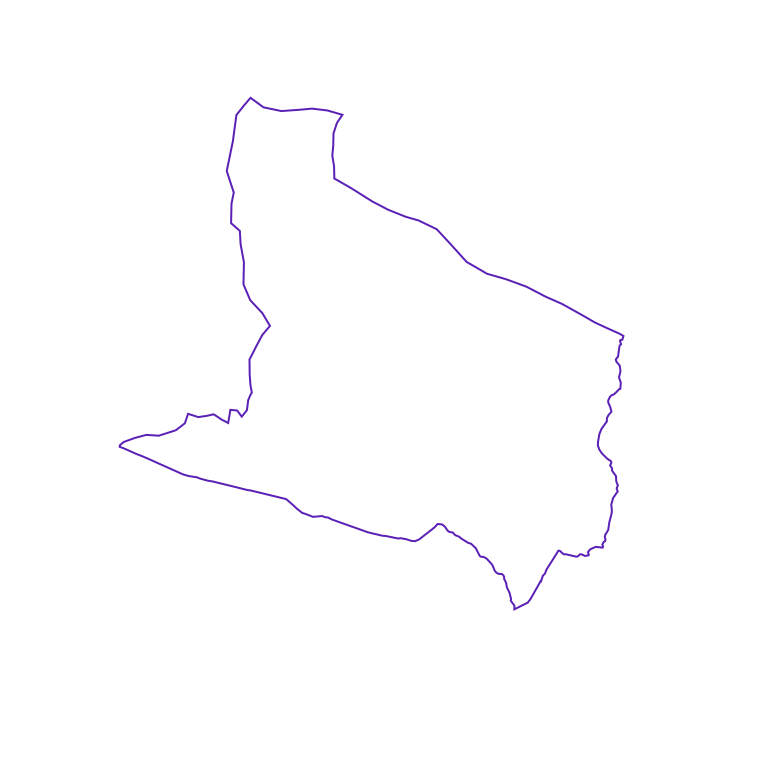 the district of Monts de Lam, Logone Oriental, Chad, rotated 304°
{"feature_id": "50815135B14191552615898", "entity_name": "Monts de Lam", "entity_type": "district", "adm_level": 2, "iso_a3": "TCD", "parent_name": "Chad", "parent_adm1": "Logone Oriental", "projection": "equal_earth", "projection_center": [15.78, 8.051], "detail": "fine", "context": "isolated", "style": "outline", "palette": "violet", "viewbox_px": 768, "rotation_deg": 304, "n_neighbors": 0, "source": "geoboundaries", "source_scale": "gbopen_adm2", "svg_char_len": 4450}
<svg xmlns="http://www.w3.org/2000/svg" viewBox="0 0 768 768"><g transform="rotate(304 384 384)"><path d="M316.8,267.3L313.5,269.9L308.4,273.9L304.7,277.5L304.1,278.1L303.0,279.2L302.6,279.2L301.5,279.3L299.0,279.6L298.9,279.6L297.2,280.0L294.8,280.4L294.6,280.5L285.6,285.0L277.4,284.3L279.9,277.1L276.7,271.1L275.2,271.8L269.7,274.3L264.5,276.6L264.2,273.4L263.9,271.0L263.7,269.4L263.7,264.0L263.6,259.7L258.3,254.7L252.7,248.5L250.9,242.3L249.7,238.2L246.2,239.2L240.1,240.9L229.3,237.3L215.2,226.2L208.9,215.4L200.2,207.8L199.5,207.2L197.9,206.1L195.8,204.6L190.5,200.7L185.6,199.3L184.1,200.0L185.1,204.1L185.8,207.8L187.5,217.6L187.5,217.8L188.7,222.8L190.4,231.7L191.4,237.6L194.4,254.9L196.7,268.1L198.4,273.3L201.8,280.6L202.0,281.0L202.9,285.0L203.9,287.8L205.3,292.0L207.5,296.7L209.4,302.0L210.1,303.8L216.0,319.8L219.7,330.0L220.4,331.5L221.0,332.6L225.8,345.4L226.1,346.2L227.9,351.1L229.9,356.5L232.3,363.0L233.8,367.0L233.7,369.0L232.7,376.7L231.9,381.8L231.7,384.5L231.4,388.2L232.1,390.6L232.8,393.3L233.9,398.2L234.1,399.3L237.3,403.3L239.9,406.5L240.9,410.4L241.0,410.6L242.0,412.1L242.5,416.4L247.1,434.4L252.1,453.6L253.6,457.8L255.7,463.2L257.3,467.5L259.0,470.5L263.9,482.3L265.2,483.6L265.3,483.7L265.6,484.3L267.8,489.3L268.4,491.5L269.3,494.5L271.2,497.8L273.2,499.0L274.9,500.1L282.4,502.5L285.0,503.4L293.6,506.1L295.5,506.4L297.9,506.7L300.0,510.6L300.0,512.8L299.5,515.0L298.2,518.2L298.0,518.6L298.0,519.4L297.9,521.0L299.3,523.9L298.5,527.6L299.4,531.5L299.1,534.6L299.1,534.8L299.4,543.0L299.5,543.3L300.3,545.3L299.4,550.6L299.2,551.9L297.7,554.6L297.0,556.0L296.3,557.1L295.1,559.4L295.0,560.8L295.7,562.2L296.4,563.4L296.5,565.3L296.6,566.9L295.5,571.5L294.7,574.7L291.0,580.5L290.9,580.7L290.4,583.3L290.4,583.5L290.5,583.9L290.9,585.8L291.6,586.7L292.4,587.8L292.2,589.4L292.2,589.9L291.2,591.6L290.5,592.0L289.6,592.6L288.8,594.0L287.3,596.7L287.0,596.9L284.2,599.5L282.7,602.0L282.4,602.6L281.1,604.9L280.7,605.3L276.8,609.6L276.1,609.9L275.2,610.3L273.2,616.0L270.1,618.1L272.6,619.5L278.7,622.9L280.4,623.9L283.1,625.4L284.5,625.5L287.7,625.7L308.2,624.1L308.2,624.5L308.8,624.3L314.0,622.9L316.8,623.5L318.1,623.2L319.9,622.7L320.5,622.6L320.8,622.5L334.3,622.1L343.4,621.8L343.5,622.0L344.0,623.2L343.7,625.1L343.3,628.2L344.6,630.1L346.4,634.8L348.4,640.0L349.1,640.7L349.5,641.1L350.0,641.2L352.5,641.8L353.4,643.4L353.7,646.0L353.7,646.5L356.2,649.3L356.7,649.3L357.1,649.2L357.8,648.2L358.6,647.1L361.1,647.3L362.5,647.5L363.2,648.0L364.7,648.9L367.4,650.6L369.6,654.9L369.7,655.2L370.5,656.7L370.6,656.8L371.0,656.7L371.7,656.5L372.9,654.9L374.5,654.6L375.8,654.5L376.2,654.6L377.3,655.2L377.6,655.1L378.7,654.8L380.7,652.5L381.0,652.4L382.6,651.8L386.8,651.6L388.6,651.4L395.2,648.2L403.7,645.2L406.8,643.5L408.4,642.1L408.6,642.0L410.9,639.9L413.7,639.0L417.6,637.7L423.1,637.8L424.3,637.8L425.5,637.9L427.6,635.2L430.6,634.7L431.9,632.8L433.2,631.0L435.4,629.3L437.3,627.9L438.8,623.9L439.7,621.5L441.6,620.2L442.9,617.0L445.4,616.6L445.8,616.6L446.0,616.4L446.9,615.3L446.9,610.9L448.3,603.5L449.5,600.5L450.3,598.7L450.9,598.0L452.7,595.6L455.9,593.7L463.1,590.5L467.0,589.7L468.7,589.4L473.3,589.6L474.2,589.6L477.6,589.7L479.7,588.3L480.3,587.9L483.5,587.5L488.3,588.0L489.7,586.4L491.3,584.6L494.0,580.3L495.6,579.1L498.5,578.7L499.2,578.5L501.4,578.8L501.8,578.9L502.3,579.2L502.7,579.5L504.1,580.5L508.0,581.3L511.4,581.9L511.8,582.3L512.2,582.6L515.7,580.6L517.4,579.7L519.1,577.5L520.9,575.1L526.2,573.2L529.1,571.0L529.9,570.2L531.1,569.1L532.5,564.1L534.1,562.4L536.6,562.6L537.6,562.7L544.9,559.1L547.4,557.9L547.6,557.9L547.8,557.9L549.5,558.3L551.6,555.6L552.6,555.4L553.9,556.8L557.7,555.7L557.4,551.2L556.9,548.3L555.5,540.2L554.8,536.1L552.9,524.2L551.7,507.5L549.9,486.6L546.7,468.7L544.3,447.6L539.2,426.9L533.0,407.8L531.4,384.3L537.1,361.3L541.8,341.2L538.9,321.2L534.8,308.6L530.8,290.2L528.8,272.4L528.0,247.6L526.6,227.9L536.4,221.0L544.5,213.4L553.3,208.6L563.5,202.0L574.1,199.0L583.9,199.0L579.2,184.3L572.1,170.4L564.1,160.6L552.9,146.3L546.0,129.4L546.6,113.3L536.9,112.2L524.5,111.2L500.9,122.9L472.7,134.5L471.9,135.5L465.0,144.3L460.2,150.5L458.7,152.4L453.6,154.5L448.1,156.8L431.8,167.3L431.4,170.6L430.3,178.9L421.2,185.8L419.9,186.8L418.0,188.6L406.6,199.8L388.0,211.8L378.7,226.2L374.7,243.6L368.4,257.0L360.4,256.1L358.6,255.9L358.3,255.9L356.7,255.7L343.8,257.0L334.4,258.2L329.1,258.8L316.8,267.3Z" fill="none" stroke="#5b21b6" stroke-width="2"/></g></svg>